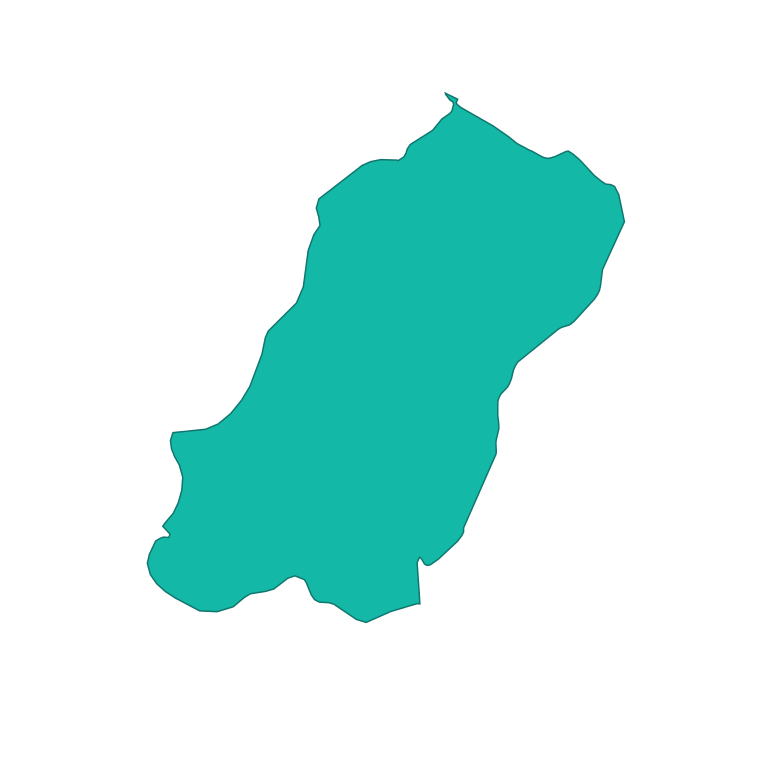 the border of Aoste, rotated 310°
{"feature_id": "ITA-5442", "entity_name": "Aoste", "entity_type": "Province", "adm_level": 1, "iso_a3": "ITA", "parent_name": "Italy", "parent_adm1": "", "projection": "robinson", "projection_center": [7.369, 45.725], "detail": "fine", "context": "isolated", "style": "filled", "palette": "teal", "viewbox_px": 768, "rotation_deg": 310, "n_neighbors": 0, "source": "natural_earth", "source_scale": "10m", "svg_char_len": 1952}
<svg xmlns="http://www.w3.org/2000/svg" viewBox="0 0 768 768"><g transform="rotate(310 384 384)"><path d="M211.1,253.6L234.6,276.4L246.8,282.7L263.0,285.6L280.1,285.3L296.0,282.8L328.5,271.3L343.3,263.3L350.2,261.3L389.7,264.9L406.5,259.8L437.6,240.1L453.3,234.3L464.3,233.1L470.1,226.6L475.2,219.1L484.0,215.2L537.5,226.8L545.8,230.9L553.7,237.2L563.6,249.7L564.4,251.3L570.8,253.3L575.2,252.4L579.2,250.7L584.4,250.2L609.6,258.2L624.1,258.0L633.5,260.5L636.6,260.6L643.1,257.5L644.4,255.3L643.9,251.9L645.5,245.2L646.2,244.1L649.5,257.4L646.0,258.4L645.2,260.2L645.2,265.0L651.8,301.8L653.5,320.6L653.7,331.3L656.5,344.8L657.5,348.0L659.7,359.2L660.8,362.2L662.2,364.5L663.7,365.9L668.2,368.9L679.1,374.0L680.9,375.5L681.6,381.1L681.5,389.9L678.9,410.8L679.0,419.6L679.6,425.3L682.2,429.1L683.0,431.2L683.5,433.7L679.9,442.2L662.8,463.9L612.2,477.8L598.2,486.8L593.9,489.0L589.9,490.0L584.5,490.6L553.7,489.3L548.5,488.1L542.3,484.1L540.1,483.0L537.6,482.2L486.7,472.3L482.5,472.9L477.8,474.2L470.6,477.9L465.9,479.6L461.3,480.6L451.6,480.0L447.5,480.8L443.8,482.4L433.3,491.1L427.0,497.7L423.6,500.7L412.8,506.2L410.9,507.5L404.1,513.7L402.2,514.9L325.1,537.4L321.6,540.2L317.3,541.1L310.9,541.4L285.2,538.3L276.0,535.9L274.4,535.1L273.0,533.9L272.3,532.4L272.2,531.2L272.2,530.7L274.1,525.1L274.4,522.8L271.7,523.2L268.3,524.3L246.0,545.8L238.6,552.8L236.9,550.4L213.9,535.3L189.9,523.6L185.9,514.1L183.1,487.1L181.0,482.3L175.3,474.6L174.2,469.4L175.7,463.9L181.7,452.5L183.0,448.8L179.8,439.1L173.3,435.1L156.2,431.4L149.2,426.7L137.3,416.4L130.3,414.1L116.5,411.7L102.3,402.5L91.7,388.6L85.9,361.6L85.5,358.1L84.5,349.9L84.9,338.3L87.8,327.6L94.5,318.0L102.6,313.8L116.9,310.0L121.5,311.6L124.9,313.4L128.0,317.7L131.3,316.8L131.8,313.9L132.4,309.4L132.8,306.0L136.4,305.6L149.4,305.7L160.6,302.8L172.5,297.5L183.2,289.8L190.4,279.3L193.7,270.5L197.9,262.7L203.5,256.7L211.1,253.6Z" fill="#14b8a6" stroke="#0f766e" stroke-width="1.5"/></g></svg>